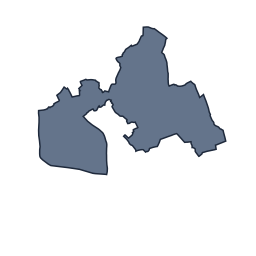 outline of Long Ho, Vĩnh Long, Vietnam, rotated 231°
{"feature_id": "81297802B86807381296423", "entity_name": "Long Ho", "entity_type": "district", "adm_level": 2, "iso_a3": "VNM", "parent_name": "Vietnam", "parent_adm1": "Vĩnh Long", "projection": "mercator", "projection_center": [105.971, 10.232], "detail": "fine", "context": "isolated", "style": "filled", "palette": "slate", "viewbox_px": 256, "rotation_deg": 231, "n_neighbors": 0, "source": "geoboundaries", "source_scale": "gbopen_adm2", "svg_char_len": 5937}
<svg xmlns="http://www.w3.org/2000/svg" viewBox="0 0 256 256"><g transform="rotate(231 128 128)"><path d="M105.3,82.1L106.5,83.6L107.3,84.5L109.2,86.2L109.8,86.7L112.8,88.5L116.2,90.9L119.2,93.3L120.6,94.4L121.6,95.1L125.6,98.5L127.3,100.1L128.5,101.1L129.8,101.9L130.5,102.2L131.8,102.6L135.0,104.0L136.9,104.7L139.5,105.3L140.3,105.3L141.3,105.2L141.7,105.1L144.4,104.7L146.1,104.3L152.6,102.2L153.9,101.9L158.4,100.9L159.1,100.8L159.7,100.8L162.9,100.6L163.6,100.6L165.2,100.5L165.2,104.7L165.3,105.1L165.7,105.7L165.5,106.8L165.5,107.6L165.8,108.5L165.4,109.7L165.2,111.4L165.0,112.3L164.7,112.8L163.4,112.5L163.0,112.5L162.7,112.5L162.1,113.3L161.8,113.8L161.6,114.5L161.6,115.0L162.0,115.9L162.9,117.9L163.1,118.3L163.3,118.9L163.3,119.4L162.6,119.1L162.3,119.0L162.0,119.1L161.5,119.8L161.4,120.0L161.3,120.3L161.3,123.3L161.1,123.8L160.4,124.3L160.9,124.9L161.4,125.3L161.8,125.9L162.3,126.7L162.6,127.6L162.8,128.4L162.9,128.9L162.6,129.5L162.4,130.8L162.0,131.3L161.5,131.6L160.8,131.9L160.2,132.4L159.5,131.2L158.1,131.6L157.7,131.0L155.9,131.3L155.6,131.2L155.3,130.8L154.9,129.4L154.6,129.0L154.1,128.9L150.2,128.3L148.9,128.1L147.8,128.1L144.7,129.0L142.7,129.2L142.2,129.4L141.9,129.7L141.1,130.6L140.8,131.0L140.4,131.4L136.9,132.0L135.4,132.4L134.8,132.3L134.7,132.1L134.5,131.5L134.3,131.3L134.0,131.2L131.6,130.6L130.8,131.9L130.7,132.5L130.5,134.1L130.3,134.6L129.9,135.0L128.8,135.9L128.3,136.6L128.0,137.3L122.3,136.0L122.1,135.9L122.1,135.6L122.4,134.7L122.6,134.1L123.2,131.8L123.2,130.8L122.1,130.5L121.8,130.4L121.6,130.2L121.5,129.7L121.7,129.0L121.7,128.6L120.9,128.5L120.0,127.1L119.9,126.6L119.8,122.7L119.9,122.0L124.3,121.4L124.5,121.3L124.5,120.5L124.3,119.4L119.9,119.9L117.0,119.8L116.4,119.7L115.1,119.3L114.1,119.4L113.0,119.6L112.6,119.9L111.6,120.4L111.1,120.4L106.4,120.3L105.9,120.1L105.0,119.5L104.8,120.4L104.2,122.0L102.9,124.5L102.0,125.7L101.6,126.1L101.4,126.2L98.2,126.5L98.1,127.3L97.9,127.9L97.4,128.4L97.3,128.7L97.3,128.9L97.4,129.6L97.6,130.5L97.9,131.0L98.3,131.4L98.5,131.8L98.5,132.0L97.3,135.1L95.9,138.0L95.2,139.1L95.7,140.4L97.1,143.2L98.8,146.0L98.3,147.4L95.9,154.4L94.9,157.1L94.3,159.2L93.1,162.2L92.9,162.3L91.2,162.5L81.2,163.0L80.0,164.8L79.5,165.4L77.7,168.3L76.6,167.5L76.0,167.2L74.7,166.9L74.0,166.7L73.4,166.3L72.7,165.6L72.4,165.5L72.3,165.8L71.9,166.2L70.3,166.9L69.9,167.0L69.2,166.8L68.5,166.4L67.8,165.7L67.3,165.5L66.3,165.4L61.4,165.2L61.3,165.4L61.3,167.1L61.3,168.9L61.4,169.2L61.5,169.4L62.0,170.1L61.9,170.9L61.6,171.3L60.2,174.7L56.8,181.3L56.0,183.1L59.6,185.2L59.4,185.6L56.3,195.7L59.8,197.4L64.1,199.3L66.3,200.4L66.5,200.4L67.9,199.8L68.5,199.7L69.1,199.1L70.1,199.0L71.3,199.0L71.8,198.9L72.2,198.8L74.1,197.8L74.5,197.6L75.4,197.3L76.1,197.2L76.8,197.2L78.3,198.1L78.9,198.2L80.8,198.2L81.8,198.4L85.7,199.5L86.2,199.8L86.6,200.5L88.3,200.9L89.3,201.2L92.7,202.9L94.8,203.7L97.0,204.5L100.0,205.6L104.2,206.9L106.5,207.7L106.5,204.5L106.6,202.9L109.8,204.0L114.9,205.4L117.7,206.4L119.1,207.0L119.3,207.1L120.0,207.1L120.5,207.0L121.3,206.7L123.8,206.2L124.8,206.2L125.7,202.2L125.8,201.0L125.6,199.2L126.6,196.5L127.8,194.5L128.7,193.7L128.9,193.3L129.2,193.2L129.5,192.8L130.7,192.7L131.1,192.5L131.6,192.2L132.1,191.5L132.2,191.3L132.9,191.3L133.1,191.2L133.5,190.3L134.7,186.4L136.2,186.8L137.1,187.3L138.3,188.1L140.0,189.4L140.7,189.8L142.0,191.0L145.2,193.6L146.8,194.3L149.7,196.3L152.9,198.3L153.8,199.0L154.9,199.6L156.9,200.4L157.8,200.7L159.3,201.1L162.0,202.2L162.8,202.2L163.6,202.1L164.6,201.8L165.6,201.8L167.1,204.7L167.5,205.2L169.1,208.5L171.2,211.1L173.1,213.1L173.2,214.7L175.1,214.4L177.8,213.8L183.2,212.3L186.6,211.5L188.7,210.9L189.0,210.4L189.5,209.9L190.4,209.2L190.9,208.9L193.6,207.4L194.6,206.3L196.7,203.3L191.4,198.8L190.5,197.8L190.4,197.4L190.9,196.7L191.0,196.3L190.8,195.9L190.7,195.5L189.7,193.7L189.5,193.1L189.0,192.2L188.4,191.3L187.8,189.3L187.4,187.8L189.1,182.4L190.2,182.6L190.2,179.1L190.5,176.2L190.5,175.6L189.5,173.3L189.4,172.8L189.3,171.5L189.2,171.1L188.7,170.7L188.6,169.7L187.5,168.8L187.4,168.6L188.5,166.0L189.1,165.0L189.6,163.7L189.7,163.3L189.7,162.8L189.6,162.5L188.9,162.2L187.3,161.9L185.6,161.9L184.5,162.2L183.6,162.3L183.0,162.2L182.0,161.2L181.4,160.9L179.8,160.5L179.5,160.4L178.3,158.5L177.3,156.3L176.9,155.3L176.1,153.8L175.2,152.0L174.2,150.1L173.3,149.0L172.8,148.5L170.9,147.3L170.3,146.4L170.2,145.9L170.4,145.4L170.6,145.0L171.9,143.5L172.1,143.0L172.1,142.5L172.0,142.3L171.6,141.2L169.6,137.7L168.7,136.3L168.3,135.7L169.9,134.5L170.0,134.2L171.4,133.4L171.4,133.0L171.3,131.3L171.5,130.6L171.8,130.5L172.9,131.1L173.8,131.0L174.0,131.1L174.5,131.3L174.7,131.2L175.3,130.7L175.5,130.6L176.4,130.7L176.8,130.6L177.1,130.5L177.3,130.5L177.8,130.8L178.9,132.1L179.6,132.6L180.2,132.8L180.5,133.1L181.1,133.8L181.3,133.9L181.8,133.9L182.9,133.2L183.9,133.1L184.3,133.0L184.7,132.7L185.2,132.6L185.6,132.8L188.1,130.5L189.0,129.5L190.7,127.0L191.2,126.3L192.0,126.0L192.3,125.9L192.5,125.5L192.7,124.5L194.1,120.4L194.0,120.1L193.1,119.7L190.7,119.2L190.0,119.0L189.6,114.6L188.2,114.4L187.9,114.2L187.8,113.8L187.7,113.8L187.2,114.0L187.3,113.5L187.2,113.4L184.4,111.4L183.9,110.9L183.8,110.6L185.3,108.1L185.8,107.0L187.3,104.1L188.9,104.5L192.4,105.3L194.2,105.6L195.1,105.9L196.9,106.0L196.7,105.5L196.9,105.0L197.2,104.8L200.0,104.1L199.0,101.0L198.1,97.8L198.2,93.3L195.6,92.7L194.8,92.4L193.9,92.3L192.9,92.2L192.7,91.9L192.4,91.0L193.1,88.0L193.4,85.8L193.4,85.6L193.2,85.5L192.9,85.3L192.7,85.0L192.6,84.1L192.3,83.0L192.6,82.4L193.0,81.1L193.1,80.5L193.0,80.2L193.9,80.0L194.2,79.7L194.1,78.9L193.6,77.5L194.0,76.8L194.1,75.9L195.1,73.7L197.8,69.5L195.8,67.8L192.3,65.6L188.6,62.6L182.5,57.1L178.3,53.9L173.8,51.2L168.8,47.9L166.7,45.7L163.4,43.0L161.6,41.8L160.5,41.4L159.4,41.3L156.5,41.7L150.2,43.3L147.4,44.4L141.7,49.9L134.8,56.6L126.4,64.3L114.9,72.2L113.1,73.9L108.1,79.3L106.0,81.5L105.3,82.1Z" fill="#64748b" stroke="#1e293b" stroke-width="1.5"/></g></svg>